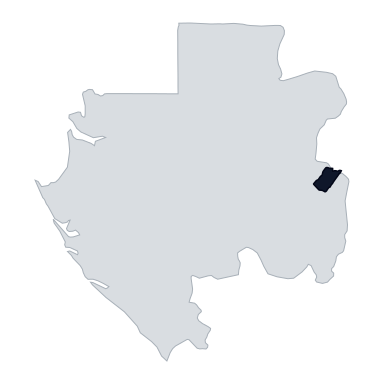 location of Bayi-Brikolo, Haut-Ogooué, Gabon
{"feature_id": "22940354B11019670045233", "entity_name": "Bayi-Brikolo", "entity_type": "district", "adm_level": 2, "iso_a3": "GAB", "parent_name": "Gabon", "parent_adm1": "Haut-Ogooué", "projection": "mercator", "projection_center": [14.109, -0.581], "detail": "fine", "context": "in_parent", "style": "filled", "palette": "ink", "viewbox_px": 384, "rotation_deg": 0, "n_neighbors": 0, "source": "geoboundaries", "source_scale": "gbopen_adm2", "svg_char_len": 4123}
<svg xmlns="http://www.w3.org/2000/svg" viewBox="0 0 384 384"><path d="M284.4,30.7L284.2,34.5L279.9,43.8L277.8,51.0L277.3,58.6L278.5,64.7L280.6,69.1L281.9,73.9L280.9,77.2L278.8,78.6L280.2,80.3L283.4,80.7L288.7,79.2L296.9,76.7L307.6,73.0L314.7,71.0L326.4,72.3L332.6,73.7L335.8,76.3L339.2,87.2L340.9,88.9L343.8,93.6L346.1,99.1L346.6,102.0L346.4,104.0L344.0,107.1L341.3,111.5L340.4,114.2L338.2,116.2L335.3,118.2L327.5,119.0L326.3,120.1L324.2,124.9L320.0,128.9L318.2,132.7L316.5,137.7L316.8,144.0L316.0,153.0L315.2,159.1L317.2,161.3L326.6,162.8L328.4,164.0L330.8,167.8L334.0,171.3L342.5,173.6L345.8,176.3L348.5,179.2L348.9,181.7L346.9,191.5L345.1,200.9L345.8,208.1L346.5,214.9L347.5,224.9L347.1,230.9L344.7,234.6L344.7,237.6L345.8,241.1L343.6,250.8L342.3,252.4L338.4,254.2L336.4,256.8L335.8,260.9L333.7,266.5L331.6,268.6L331.6,271.2L333.7,273.1L333.6,276.0L329.8,279.5L327.5,282.1L322.5,283.4L316.6,282.0L315.3,280.1L316.7,277.1L316.2,274.7L314.2,272.2L311.1,265.6L308.3,264.3L306.8,266.9L302.1,271.9L293.7,278.2L287.9,278.7L277.1,276.8L268.0,273.8L263.8,266.3L261.1,260.2L257.3,253.0L252.9,249.6L248.3,247.5L246.2,247.3L239.6,251.3L237.6,252.9L237.7,256.2L238.3,259.3L239.3,260.8L240.2,262.8L240.0,265.9L238.8,270.1L238.4,274.7L217.7,279.2L214.1,277.5L211.5,275.5L208.3,275.8L199.3,278.2L196.0,276.6L192.7,275.4L191.2,276.4L191.1,278.3L192.6,289.1L192.1,293.2L190.1,298.6L189.1,302.2L194.6,303.2L196.6,304.9L198.5,307.7L201.1,310.2L201.3,311.7L198.3,314.5L197.3,318.0L198.7,320.7L202.5,323.6L207.9,326.5L210.6,328.4L210.3,330.2L207.8,334.0L206.8,337.1L205.1,340.0L205.4,342.7L207.9,345.1L207.6,347.3L206.0,349.0L202.6,348.7L199.7,348.9L197.1,348.2L189.0,339.7L187.2,339.4L175.5,346.0L172.6,348.7L170.2,352.6L166.9,361.0L161.6,356.1L157.0,347.1L151.6,341.6L140.3,332.8L137.3,326.2L124.4,311.8L105.9,297.4L92.5,284.9L90.5,282.2L92.7,282.5L105.7,288.7L107.4,288.0L108.9,286.6L103.3,283.4L98.0,280.8L93.0,279.2L88.0,279.3L85.2,276.7L83.3,272.7L82.4,269.2L80.2,265.6L73.1,258.2L71.4,255.4L67.5,251.5L69.8,251.0L77.5,254.7L78.1,253.2L77.5,251.0L69.8,247.5L65.7,247.2L64.7,244.8L65.3,241.9L59.8,231.1L54.1,223.0L53.2,219.2L68.6,236.7L70.6,237.1L73.3,236.9L79.7,234.9L78.5,232.6L75.6,230.1L72.8,231.2L69.2,231.5L67.3,230.4L66.5,228.6L70.1,220.1L68.5,220.5L67.4,222.0L65.4,222.7L62.3,223.2L54.8,218.6L48.1,206.3L46.3,203.8L44.5,199.5L42.8,197.7L35.1,180.2L38.1,181.5L41.5,186.6L48.3,185.5L51.0,182.6L53.3,182.7L55.7,182.0L58.7,179.2L67.4,167.2L69.7,151.3L68.9,141.8L67.6,132.4L70.5,129.4L71.6,131.4L72.2,134.7L73.6,137.2L76.7,139.4L82.4,140.0L91.3,143.5L94.5,145.7L95.4,141.3L105.6,137.5L102.5,136.2L93.4,137.7L80.9,132.0L76.8,128.4L72.9,121.7L68.9,118.1L69.2,114.9L78.1,112.0L80.5,112.3L81.5,115.8L83.9,117.3L84.8,116.8L85.2,113.8L85.2,105.8L82.5,94.3L83.3,92.1L85.8,91.3L88.0,89.7L89.5,89.4L92.5,89.7L94.1,92.4L94.9,93.9L98.0,94.5L100.5,96.0L102.7,95.6L104.5,93.9L107.1,93.6L115.3,93.6L122.7,93.6L137.4,93.7L152.2,93.7L167.0,93.8L178.1,93.8L178.0,87.2L178.0,77.1L177.9,65.1L177.8,53.6L177.8,42.9L177.7,30.4L178.3,26.8L179.0,25.3L178.8,23.2L190.2,23.0L210.9,24.0L219.9,23.8L222.5,24.0L233.8,23.4L242.9,24.2L246.8,25.1L250.3,25.5L261.3,26.1L275.6,25.4L280.4,25.5L283.1,27.3L284.4,30.7Z" fill="#d9dde1" stroke="#a8b0b8" stroke-width="1"/><path d="M341.3,170.7L341.0,170.6L340.2,170.4L339.4,170.4L338.9,170.6L338.2,171.1L337.7,171.2L337.0,171.1L336.4,170.9L336.0,170.8L335.1,170.7L334.6,170.7L334.0,170.9L333.3,171.2L332.7,171.1L332.6,169.9L332.7,168.8L332.6,168.4L330.4,168.3L329.5,168.2L328.6,168.0L328.0,167.6L326.7,167.5L326.0,167.7L325.5,168.2L324.6,169.3L323.7,170.6L323.1,171.4L322.7,172.5L322.5,173.5L322.1,175.0L321.5,175.7L320.9,176.0L320.3,176.6L318.4,179.4L317.6,180.0L317.0,180.2L316.3,180.6L314.1,183.2L313.6,183.9L313.7,184.3L314.2,184.9L318.9,189.9L319.9,190.2L321.2,190.2L322.0,190.4L322.8,190.6L323.7,191.1L324.4,191.5L325.0,191.8L325.7,191.6L326.6,190.8L327.3,189.6L328.1,188.5L329.1,187.3L329.6,187.3L330.1,187.0L330.8,185.7L331.2,185.0L331.6,184.5L332.6,183.4L333.0,182.5L335.3,179.2L337.9,175.6L338.8,174.2L339.4,173.7L340.1,173.0L340.8,171.9L341.3,170.7Z" fill="#0f172a" stroke="#020617" stroke-width="1.5"/></svg>